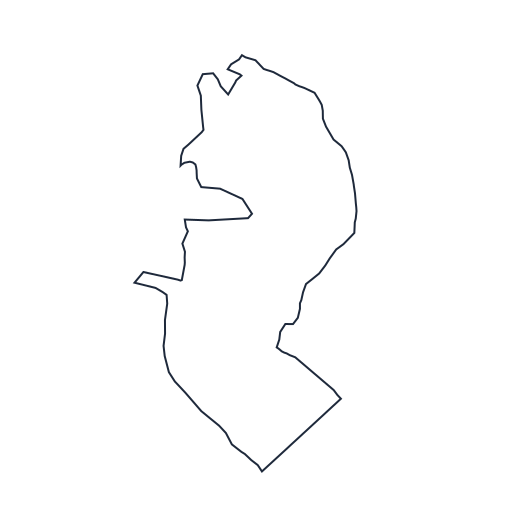 Ohaji/Egbema, Imo, Nigeria (Mercator projection), rotated 219°
{"feature_id": "59680162B99262810585367", "entity_name": "Ohaji/Egbema", "entity_type": "district", "adm_level": 2, "iso_a3": "NGA", "parent_name": "Nigeria", "parent_adm1": "Imo", "projection": "mercator", "projection_center": [6.865, 5.422], "detail": "fine", "context": "isolated", "style": "outline", "palette": "slate", "viewbox_px": 512, "rotation_deg": 219, "n_neighbors": 0, "source": "geoboundaries", "source_scale": "gbopen_adm2", "svg_char_len": 2115}
<svg xmlns="http://www.w3.org/2000/svg" viewBox="0 0 512 512"><g transform="rotate(219 256 256)"><path d="M242.9,387.5L244.2,388.7L249.1,391.7L251.4,393.1L254.0,393.9L256.8,394.7L258.6,395.2L269.0,395.3L283.0,400.6L290.4,404.8L293.6,408.6L295.5,410.9L300.0,414.8L303.3,416.2L305.7,417.1L308.3,418.0L313.2,419.7L324.2,417.0L327.1,416.0L329.1,415.2L331.4,414.6L333.3,414.1L333.8,414.1L335.1,414.2L337.8,413.7L341.0,413.1L345.1,412.4L346.0,412.2L348.4,411.7L351.4,411.1L353.8,410.7L355.8,410.3L358.1,409.9L360.8,408.9L362.6,408.2L364.5,407.4L367.8,406.2L370.7,406.6L373.1,406.9L374.9,407.2L376.7,407.4L379.6,407.8L383.0,406.4L384.9,405.6L389.2,403.8L391.2,403.5L393.3,403.2L392.9,398.1L396.0,389.3L395.5,383.3L382.9,387.0L380.8,387.0L381.9,379.9L381.3,377.8L379.3,364.0L390.2,365.7L396.9,369.3L404.3,371.0L411.8,363.8L408.8,351.6L399.8,345.9L390.5,335.3L378.3,323.0L376.2,321.0L376.1,318.1L378.7,299.6L379.8,293.7L377.2,286.8L371.5,278.8L371.4,280.0L370.3,283.4L366.7,287.7L364.0,288.9L360.7,289.0L358.5,287.4L356.0,285.1L354.3,283.1L350.7,279.1L341.9,275.1L326.3,285.7L302.4,291.8L285.7,286.3L286.0,280.4L315.2,253.9L334.3,239.5L328.4,234.2L324.5,232.3L321.0,219.3L313.9,214.6L310.5,209.9L307.1,206.0L305.8,204.1L298.5,190.6L299.2,189.4L301.9,188.4L333.4,172.7L333.6,158.8L313.9,168.0L305.9,169.2L301.0,169.5L295.0,163.1L286.5,149.0L277.8,138.4L271.3,128.0L264.0,120.8L250.6,110.9L240.1,107.4L224.9,105.3L200.8,101.0L177.8,100.9L168.0,99.5L156.2,94.4L144.0,94.6L140.1,95.1L131.2,94.4L123.0,94.6L115.8,92.3L110.6,127.3L110.1,130.9L104.3,170.3L100.2,198.5L105.3,199.2L111.2,200.7L158.9,201.9L161.7,202.0L165.2,200.9L167.3,200.2L170.9,199.6L173.2,198.7L176.0,198.1L178.6,198.2L180.4,198.2L182.4,198.0L185.3,205.7L189.4,212.2L190.4,221.6L184.4,226.4L184.6,234.3L186.0,237.2L188.6,242.6L192.1,246.9L193.0,250.2L196.6,257.4L199.5,265.7L197.9,272.8L195.9,282.2L196.2,292.3L197.2,300.6L197.8,311.6L195.5,320.2L194.1,335.8L198.6,341.9L200.4,344.3L202.0,347.8L206.1,354.1L208.6,356.8L211.6,359.8L218.5,367.0L224.1,372.1L225.1,373.1L232.5,379.5L238.7,383.7L242.9,387.5Z" fill="none" stroke="#1e293b" stroke-width="2"/></g></svg>